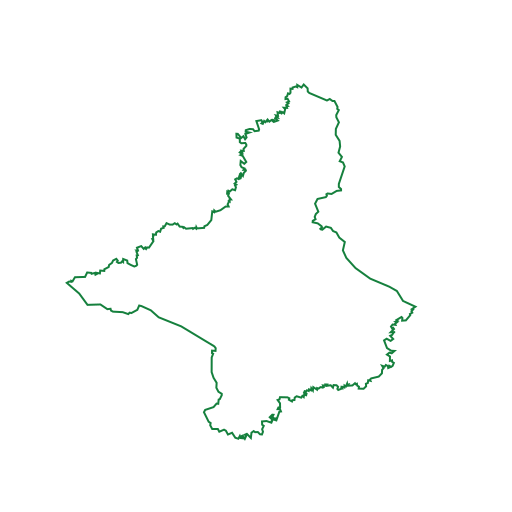 outline of Phen, Udon Thani, Thailand, rotated 21°
{"feature_id": "78962969B52951901004479", "entity_name": "Phen", "entity_type": "district", "adm_level": 2, "iso_a3": "THA", "parent_name": "Thailand", "parent_adm1": "Udon Thani", "projection": "albers", "projection_center": [102.939, 17.684], "detail": "fine", "context": "isolated", "style": "outline", "palette": "green", "viewbox_px": 512, "rotation_deg": 21, "n_neighbors": 0, "source": "geoboundaries", "source_scale": "gbopen_adm2", "svg_char_len": 6131}
<svg xmlns="http://www.w3.org/2000/svg" viewBox="0 0 512 512"><g transform="rotate(21 256 256)"><path d="M423.0,246.2L409.4,245.3L400.1,238.2L391.5,236.9L370.7,236.2L353.2,231.6L341.0,225.4L335.1,219.6L333.9,211.1L327.2,209.0L322.6,205.2L319.0,205.1L315.8,202.9L310.9,203.4L308.5,207.7L306.9,207.9L306.3,207.6L307.3,205.5L306.5,204.7L301.9,203.4L296.8,204.2L296.4,202.8L298.4,200.3L296.8,198.5L296.8,195.4L298.3,192.3L292.4,186.0L293.0,180.7L300.1,176.0L300.6,174.3L299.6,173.1L300.4,172.0L304.3,171.0L308.0,166.3L311.9,164.3L311.4,163.0L308.6,161.9L307.5,159.0L306.7,140.6L303.7,137.5L300.2,137.5L300.7,132.7L296.0,130.0L295.3,123.6L292.8,118.6L287.0,114.3L285.0,108.7L285.5,101.5L281.3,97.7L280.4,95.7L281.0,90.1L279.1,89.5L278.7,87.6L273.7,83.2L271.9,83.9L268.6,83.0L266.5,85.4L247.3,84.7L245.4,83.9L244.1,81.0L239.1,78.8L238.1,82.4L233.2,81.5L234.0,83.6L232.4,83.5L229.8,85.6L230.2,86.9L228.2,87.4L229.7,91.3L229.2,92.7L227.6,92.7L227.8,95.6L226.7,97.2L227.3,98.9L229.1,97.9L231.5,99.9L229.9,101.4L231.5,101.9L230.3,103.9L231.8,104.6L230.7,105.1L231.9,106.6L228.9,107.6L230.6,108.5L231.2,112.7L229.5,112.1L228.4,114.6L229.0,113.1L227.6,112.3L226.5,112.5L226.7,114.0L224.6,114.1L226.3,117.2L224.3,117.6L226.7,119.1L224.7,119.4L224.5,120.6L227.8,121.7L225.1,124.0L224.3,122.8L223.1,122.9L223.4,124.1L221.7,123.5L220.3,125.8L218.2,124.6L218.2,127.2L217.5,125.6L216.8,127.7L215.2,127.0L215.0,130.2L213.6,130.2L214.2,128.7L212.3,127.3L208.0,129.9L213.5,136.6L213.6,138.0L209.9,140.0L207.8,138.7L204.5,139.7L201.4,142.2L201.8,143.7L205.6,143.1L202.3,145.9L204.7,148.7L204.0,150.9L201.3,148.7L199.9,151.1L195.2,148.5L193.9,148.9L195.4,152.4L198.8,152.2L200.1,155.5L201.9,156.0L205.5,154.3L207.0,155.4L207.5,156.6L206.0,160.4L206.9,162.3L204.6,162.9L205.6,163.9L204.3,163.9L203.7,165.1L206.5,165.9L205.4,167.3L207.7,167.3L213.2,171.7L212.0,174.1L207.7,172.8L208.8,176.7L210.7,178.3L213.8,178.4L213.5,180.0L215.3,179.2L216.0,180.0L214.8,182.7L215.1,185.9L212.2,184.1L211.6,185.3L212.2,187.3L213.5,186.4L213.8,189.0L212.9,189.8L211.9,188.9L212.0,190.4L210.4,190.3L209.1,191.9L211.2,193.8L210.1,196.1L212.0,196.5L211.1,197.6L212.6,199.0L212.9,202.1L210.0,202.2L208.4,205.2L207.0,205.0L207.4,206.3L206.1,206.1L206.7,208.2L208.3,207.7L208.4,209.8L212.4,212.2L211.1,212.7L211.8,214.4L210.2,213.9L211.3,214.9L211.0,217.9L212.7,219.6L209.9,220.7L206.4,226.0L202.5,229.1L200.7,228.4L201.2,230.1L199.2,230.0L201.4,238.5L199.4,244.5L197.2,246.7L197.5,248.3L191.0,251.4L190.0,250.5L190.3,251.9L188.9,251.5L187.5,253.2L186.9,252.6L180.9,255.6L178.4,254.9L178.1,255.8L176.9,255.1L174.2,255.9L171.2,253.9L170.5,255.0L168.4,254.5L166.9,256.6L164.3,257.6L160.7,257.4L160.2,260.9L158.8,261.6L159.7,262.8L157.6,264.5L157.8,267.7L155.9,267.7L154.4,269.8L155.0,272.0L152.0,272.7L152.6,273.9L153.4,273.2L152.7,274.5L154.1,277.3L153.3,277.5L154.9,279.0L153.1,286.5L151.3,287.0L151.1,288.1L150.2,287.8L150.4,288.7L149.2,288.2L148.6,289.6L145.3,287.9L141.9,290.9L143.7,293.0L142.5,293.6L143.5,294.0L142.9,294.9L145.4,297.6L144.4,298.2L145.6,300.3L145.0,301.9L148.2,306.8L147.8,307.9L146.2,309.4L142.3,309.2L138.6,308.7L137.4,306.4L133.1,306.4L134.1,309.2L133.0,308.8L132.4,310.6L130.1,311.8L128.3,311.4L128.6,309.9L126.6,308.7L124.2,311.4L124.0,314.1L122.1,316.9L122.4,319.1L119.2,322.7L119.7,324.3L115.8,325.4L116.5,328.2L113.4,328.8L114.1,329.5L112.8,331.0L111.7,329.5L108.9,331.5L108.3,330.8L104.3,331.9L103.9,336.8L94.6,340.7L93.8,345.4L92.4,345.4L92.7,346.3L90.7,346.8L89.0,348.9L104.4,354.4L116.2,362.0L128.1,357.0L136.3,358.9L139.1,357.4L140.2,358.9L142.4,359.2L151.7,356.2L157.6,356.0L158.3,354.2L160.1,353.9L164.5,348.8L164.7,344.1L167.1,343.8L177.3,344.4L187.1,348.1L211.4,348.5L249.5,355.3L251.4,356.5L252.2,359.1L248.9,360.1L249.7,362.4L251.0,362.6L251.0,366.6L256.2,380.3L260.0,384.9L264.7,388.5L266.2,393.2L269.6,396.2L273.4,396.9L273.9,398.2L273.5,402.6L272.6,403.4L273.7,407.5L272.1,407.9L270.5,412.3L263.7,417.9L263.4,420.5L271.2,427.7L273.5,428.2L273.9,430.4L277.1,433.2L282.4,431.2L284.7,433.2L288.4,429.6L290.5,429.9L293.8,432.7L297.0,429.6L301.8,433.1L305.0,432.9L305.4,429.9L306.7,431.5L308.6,431.0L306.8,429.6L308.0,428.4L311.1,430.7L311.3,427.6L309.7,426.8L311.2,425.3L316.4,427.7L315.1,422.6L316.6,420.3L318.3,420.8L320.8,419.7L323.6,421.0L325.5,420.5L325.5,417.6L323.8,415.5L324.1,411.8L322.2,411.3L320.9,408.3L325.0,406.3L330.1,406.1L330.2,403.1L326.6,401.6L328.1,398.3L329.2,398.0L329.0,400.5L331.0,401.0L330.5,402.4L332.7,400.5L332.2,402.3L333.9,402.2L333.6,393.0L335.0,392.2L333.3,390.4L331.1,391.2L331.2,389.4L332.7,388.6L331.2,384.9L327.8,382.7L329.3,381.4L329.0,379.2L336.0,376.7L338.1,376.9L338.2,378.4L341.7,378.9L341.6,377.6L343.5,376.7L342.9,374.3L344.2,372.4L349.0,372.0L349.4,370.0L351.1,370.6L350.6,368.1L352.7,368.0L352.5,366.4L349.8,366.2L349.9,364.7L351.4,364.4L351.7,363.1L353.6,363.1L353.3,361.5L355.5,361.7L355.0,359.6L357.3,361.2L356.5,357.9L360.8,358.9L360.4,357.4L361.9,357.4L363.2,355.3L364.9,355.0L364.3,354.0L365.5,354.8L366.2,354.1L364.9,352.8L367.2,352.2L366.7,351.1L368.7,350.4L368.9,351.7L372.0,349.9L375.0,351.3L374.7,348.7L377.5,347.8L379.5,348.7L379.6,350.9L380.8,351.6L383.1,349.5L382.8,348.0L384.0,348.4L383.6,347.2L385.6,347.1L385.0,345.2L386.7,345.6L386.8,342.5L387.4,343.5L388.4,342.8L388.3,344.2L392.4,342.3L394.0,339.3L395.1,340.0L396.0,339.1L396.9,340.7L398.9,341.1L399.4,343.0L404.0,341.4L405.5,338.2L404.4,335.9L405.9,334.5L405.3,331.8L407.6,331.5L406.7,330.6L407.4,329.0L413.8,324.6L415.6,320.4L414.5,317.0L415.3,315.1L413.1,313.3L415.8,313.2L416.3,311.2L418.6,311.5L419.6,313.2L420.8,312.0L420.2,310.8L421.9,311.1L422.9,309.6L423.0,306.4L421.0,306.0L420.4,304.7L418.6,306.0L417.1,301.8L413.6,301.1L415.2,298.4L417.6,298.2L419.3,295.0L416.2,296.0L411.3,295.0L405.8,288.9L407.6,286.4L412.1,287.0L413.8,284.3L409.9,282.4L411.4,280.8L411.9,277.8L413.2,277.2L409.1,278.9L411.0,274.7L409.8,273.9L409.1,274.9L407.3,273.5L408.1,271.0L410.9,270.3L410.1,269.5L411.3,267.4L409.9,267.3L411.5,265.9L410.1,265.4L413.7,260.8L414.9,261.4L415.6,264.0L419.0,262.4L421.2,256.0L420.5,255.0L422.2,252.9L420.9,251.8L421.8,249.8L420.6,249.7L423.0,246.2Z" fill="none" stroke="#15803d" stroke-width="2"/></g></svg>